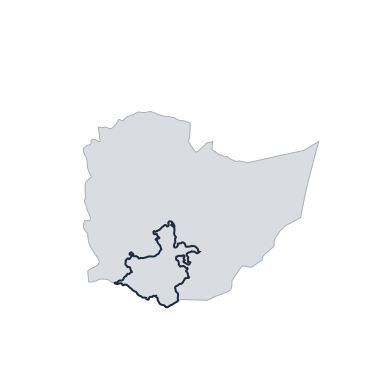 location of Southern Nations, Nationalities and Peoples within Ethiopia, rotated 329°
{"feature_id": "ETH-3129", "entity_name": "Southern Nations, Nationalities and Peoples", "entity_type": "Administrative State", "adm_level": 1, "iso_a3": "ETH", "parent_name": "Ethiopia", "parent_adm1": "", "projection": "mercator", "projection_center": [36.895, 6.444], "detail": "fine", "context": "in_parent", "style": "outline", "palette": "slate", "viewbox_px": 384, "rotation_deg": 329, "n_neighbors": 0, "source": "natural_earth", "source_scale": "10m", "svg_char_len": 9542}
<svg xmlns="http://www.w3.org/2000/svg" viewBox="0 0 384 384"><g transform="rotate(329 192 192)"><path d="M98.1,259.2L97.9,258.9L96.3,257.6L94.8,256.0L93.9,254.1L93.0,252.6L92.6,249.2L91.5,247.2L90.4,244.6L88.8,239.8L88.1,238.1L86.8,237.0L85.5,235.9L84.1,233.8L80.4,231.9L78.9,230.4L76.5,227.9L75.9,226.6L75.7,225.3L74.9,224.1L73.6,222.7L69.3,219.8L68.2,219.4L66.6,219.1L64.4,218.8L61.4,218.2L58.8,217.0L57.6,216.2L57.3,215.6L57.6,214.7L58.5,213.1L60.3,209.3L61.6,206.6L62.4,205.9L64.7,205.7L67.2,205.8L69.0,206.0L71.5,206.0L74.5,205.8L75.7,204.9L76.7,203.9L77.0,203.2L77.2,201.5L77.2,200.2L77.0,194.9L76.9,191.7L76.7,188.0L76.7,187.2L76.8,186.3L77.5,182.3L78.2,180.1L78.7,178.9L80.6,175.1L80.9,173.9L81.0,172.8L80.3,167.8L81.5,165.4L83.1,163.0L84.5,162.0L85.6,161.3L86.2,161.6L87.5,162.7L89.2,163.8L90.0,163.5L91.2,162.6L92.1,161.6L92.0,159.8L92.8,156.2L92.6,154.1L93.5,151.4L94.4,147.7L94.8,145.4L95.3,144.2L97.9,141.6L100.0,137.9L101.4,135.3L104.0,130.9L105.4,129.3L106.5,128.6L108.1,128.2L111.1,127.8L113.2,127.4L113.6,126.8L113.7,126.0L113.8,124.0L114.2,120.6L115.1,117.4L116.2,114.9L116.8,113.7L117.5,112.6L118.3,110.8L119.3,106.8L119.3,104.1L120.7,99.1L121.1,99.1L123.5,98.2L125.9,98.0L128.2,98.7L129.7,98.8L130.4,98.5L131.1,97.7L131.7,96.3L132.6,95.6L133.9,95.5L135.6,97.0L138.4,101.0L139.1,101.2L139.5,101.1L140.9,97.9L142.0,95.4L144.0,90.7L145.2,88.1L146.2,88.8L147.3,90.2L148.5,90.8L149.8,91.2L150.4,91.3L151.2,91.8L154.0,95.1L155.0,95.9L156.3,96.0L161.9,94.9L165.2,93.0L165.7,92.2L166.6,92.2L167.7,93.1L168.1,93.9L168.8,95.0L170.1,95.2L173.3,94.4L174.8,93.9L176.1,94.3L177.8,94.6L178.8,94.6L181.3,95.7L184.3,95.4L185.7,95.4L187.2,95.9L189.6,97.6L192.6,99.7L197.1,101.2L198.0,101.8L200.1,104.2L203.4,108.8L207.7,113.1L212.4,116.6L214.9,119.0L216.6,121.9L218.3,124.5L220.0,125.7L221.6,126.6L223.2,128.6L224.4,130.3L226.0,132.2L224.2,134.8L221.9,138.3L219.1,142.4L218.3,143.4L215.9,145.9L215.4,146.5L215.0,148.3L214.9,151.6L215.3,155.7L215.5,159.5L216.9,159.9L218.4,160.2L220.1,159.7L222.2,159.3L224.7,159.0L227.5,158.3L229.2,157.6L230.9,157.7L232.5,158.4L233.3,159.0L234.4,159.2L235.8,159.1L235.5,159.9L234.7,160.9L233.7,161.9L232.9,163.0L231.0,166.1L231.0,166.4L231.2,167.0L232.2,168.4L233.3,170.7L233.9,172.7L234.3,173.7L235.6,174.8L237.4,177.2L238.4,178.8L240.4,179.6L241.1,181.6L242.6,184.5L244.2,186.9L245.8,188.7L247.6,189.4L248.3,189.5L252.0,192.9L254.8,195.5L255.5,195.9L260.6,197.6L266.5,199.5L271.2,201.1L277.2,203.1L283.1,205.0L288.6,206.9L296.4,209.6L302.7,211.7L307.6,213.3L308.7,213.9L326.7,213.9L322.2,218.2L317.2,223.1L311.9,228.2L308.6,231.5L303.2,236.7L298.7,241.1L294.1,245.8L289.9,250.1L284.5,256.0L281.0,259.9L275.5,265.9L272.0,269.7L271.5,269.9L266.6,269.6L261.8,269.4L255.6,269.0L254.9,269.0L253.1,269.4L252.1,269.7L247.6,270.7L246.8,271.0L243.2,272.6L239.4,274.5L237.4,276.0L235.9,278.1L235.3,279.6L234.6,280.3L233.4,280.9L225.6,282.3L223.3,282.5L219.6,283.7L217.7,285.6L217.1,286.5L214.5,286.5L209.9,286.8L207.9,287.1L206.9,287.2L205.2,287.2L203.7,286.8L202.8,286.3L201.6,285.1L198.9,282.7L197.0,281.2L192.7,282.9L188.9,284.7L183.5,287.1L180.4,288.8L179.4,290.6L177.1,293.8L174.9,295.7L174.1,295.9L169.3,295.5L167.5,295.1L164.7,294.8L160.8,294.1L158.2,293.4L155.4,293.3L151.3,293.0L148.8,292.5L146.3,290.7L143.0,288.6L139.6,286.4L136.2,284.2L132.1,281.6L127.6,278.7L126.6,278.4L126.1,278.4L121.2,278.3L116.2,278.1L112.8,278.0L111.7,277.7L110.9,277.1L109.9,275.0L108.5,273.5L107.0,271.6L106.9,269.0L107.3,266.2L107.7,265.3L107.5,264.4L107.5,263.1L106.7,261.9L101.7,260.5L100.9,260.7L100.1,261.2L99.2,261.5L98.5,261.2L98.1,260.7L98.1,259.8L98.1,259.2Z" fill="#d9dde1" stroke="#a8b0b8" stroke-width="1"/><path d="M99.1,261.8L98.8,261.7L98.5,261.4L97.8,260.3L97.8,260.0L98.2,259.4L98.0,258.9L97.3,258.3L95.9,257.5L95.1,256.9L94.9,256.5L94.8,255.5L94.5,255.0L93.0,252.9L92.9,252.5L92.8,252.3L93.0,251.6L92.9,251.4L92.6,251.1L92.5,250.9L92.6,250.5L92.8,250.1L92.6,248.9L92.4,248.6L91.5,247.5L91.2,246.7L90.5,245.6L90.4,245.2L90.4,244.1L90.3,243.7L89.6,242.4L89.4,242.1L89.3,241.0L88.9,240.0L88.5,238.5L88.2,238.2L88.0,237.7L86.8,236.8L86.5,236.7L85.3,236.7L85.0,236.6L84.8,236.4L84.7,235.7L84.5,235.4L84.8,235.1L84.8,234.8L84.7,234.5L84.4,233.9L83.2,233.1L80.7,232.5L80.4,232.3L80.2,231.9L79.5,231.4L79.2,231.0L78.9,230.8L78.9,230.2L79.3,230.0L79.8,230.3L80.7,231.1L81.2,231.1L81.7,231.0L82.5,230.6L83.2,230.5L83.9,230.5L84.6,230.7L85.6,231.4L86.1,231.6L86.7,231.7L87.2,231.7L87.8,231.6L88.2,231.4L89.6,230.4L90.1,230.2L90.6,230.0L91.3,230.0L92.4,230.1L92.8,229.9L93.1,229.5L93.4,229.6L93.8,229.5L94.2,229.3L94.5,229.0L94.8,229.3L95.3,229.5L96.1,229.9L96.6,229.8L97.4,229.5L97.8,229.4L98.8,229.6L99.3,229.6L99.4,229.1L99.2,228.6L99.1,228.3L99.2,227.4L99.5,227.0L99.5,226.2L99.9,225.0L99.9,224.6L99.8,224.2L99.5,223.9L98.2,223.3L98.0,223.0L98.2,222.5L98.1,222.2L97.7,220.6L97.7,219.7L97.9,219.2L98.2,218.9L98.7,218.3L99.4,217.8L99.5,217.1L99.7,216.7L100.4,216.6L101.2,216.0L101.8,216.0L102.1,215.9L102.9,215.9L103.2,216.7L103.4,217.0L103.9,217.2L104.3,217.2L104.7,217.0L105.6,216.5L106.5,216.2L106.9,216.0L107.6,215.3L107.8,215.0L107.6,214.7L106.7,214.0L106.4,213.7L106.4,213.3L106.8,212.7L107.1,212.4L107.5,212.3L108.3,212.3L108.7,212.4L109.0,212.6L109.1,212.9L109.6,214.6L109.6,215.0L109.5,215.4L108.7,216.4L108.8,216.7L109.1,217.1L110.2,217.8L110.8,218.0L111.1,218.2L111.3,218.5L111.7,219.4L112.1,220.0L112.2,220.3L112.0,221.3L112.1,221.6L112.5,221.8L113.9,222.0L114.6,222.4L115.2,223.0L116.0,223.4L117.1,223.8L117.6,223.9L118.2,224.2L118.9,224.4L120.2,224.5L122.0,225.2L122.3,225.2L125.4,227.3L126.2,227.6L127.0,227.8L127.8,227.9L128.5,227.8L129.8,227.6L131.2,227.7L131.8,227.6L132.3,227.3L133.5,226.4L135.3,225.6L135.9,225.2L136.1,225.3L136.4,224.6L136.5,223.8L136.6,223.4L137.1,221.4L137.1,221.2L136.7,219.8L136.6,219.1L136.6,216.9L137.1,215.6L137.0,215.1L136.4,214.4L136.4,213.9L137.5,213.6L138.0,213.5L138.5,213.7L138.9,214.4L139.1,214.6L139.5,214.7L140.4,214.5L140.4,214.0L140.3,213.7L140.0,213.1L139.9,212.7L139.9,211.4L140.1,209.7L138.4,209.1L137.9,208.7L137.7,208.2L137.8,207.7L138.1,206.9L138.6,206.2L138.9,206.0L139.4,206.0L139.7,206.4L140.2,207.2L140.6,207.2L141.8,207.3L142.1,207.6L143.1,207.4L144.3,207.7L144.7,207.7L148.1,206.8L150.6,206.5L151.6,206.3L151.9,206.4L152.2,206.6L152.6,207.0L152.8,207.5L152.8,208.2L153.1,208.9L153.8,209.0L154.5,208.8L155.0,208.3L155.2,208.0L155.5,206.7L155.8,206.2L156.3,205.7L157.1,205.5L157.5,205.5L157.7,205.8L158.9,206.4L159.1,206.7L159.3,207.1L159.3,207.5L159.1,208.4L159.2,208.7L159.8,209.3L159.5,210.5L159.6,211.8L159.4,212.1L158.8,211.3L158.6,211.1L158.3,209.6L158.1,209.2L157.1,209.6L157.2,210.0L157.7,210.7L158.1,212.1L158.4,213.5L157.9,214.7L157.3,215.7L156.5,216.7L156.1,217.4L155.5,218.0L154.9,219.4L154.8,220.6L155.0,222.4L154.8,222.7L153.7,223.1L153.4,223.3L152.9,224.4L152.4,225.0L152.3,225.4L152.1,226.1L151.9,226.4L149.5,227.9L149.0,228.4L148.7,228.9L148.5,230.2L148.6,230.6L148.9,230.9L149.4,231.1L150.0,231.3L151.7,230.9L152.0,230.7L152.7,229.9L153.2,229.0L153.7,229.2L154.2,229.5L155.4,229.8L156.0,230.2L156.6,230.4L157.2,230.2L157.7,230.1L158.3,230.5L158.8,231.4L159.2,232.4L158.7,235.2L158.8,235.8L158.9,236.0L159.5,236.4L160.1,236.6L162.5,237.8L163.6,238.0L164.1,238.1L164.6,238.6L165.3,239.0L166.9,240.6L167.0,240.9L167.1,241.7L167.6,243.4L167.5,244.2L167.4,244.6L166.9,245.3L166.9,245.7L167.4,246.8L167.7,247.1L165.9,247.4L165.1,247.3L164.3,246.6L164.1,246.0L163.3,244.5L162.8,243.9L161.4,243.2L161.2,243.1L161.0,242.6L160.4,242.7L159.9,242.7L158.4,242.2L157.7,242.1L156.9,242.1L156.0,242.2L155.4,242.6L155.0,243.2L154.9,244.1L155.1,245.6L155.1,246.2L154.9,246.4L154.2,246.9L154.0,247.3L153.7,248.0L153.1,249.1L152.9,249.4L152.6,249.7L152.5,249.8L152.6,250.0L153.1,250.5L154.2,251.1L154.4,251.3L154.3,251.5L153.0,252.4L151.9,252.6L151.5,252.5L151.1,252.0L148.9,248.1L148.8,247.8L148.9,247.3L149.0,246.9L149.3,246.9L149.7,247.1L150.1,247.1L150.4,247.0L150.7,246.6L150.8,246.1L150.4,245.5L150.5,245.1L150.8,244.4L151.0,244.1L152.1,243.7L152.6,243.0L152.5,242.3L151.9,241.7L151.6,241.6L151.2,241.6L150.5,241.8L150.3,241.8L149.5,240.9L148.2,240.2L147.6,239.7L147.3,239.6L146.6,239.8L146.0,239.8L145.5,239.4L145.2,239.4L144.9,239.7L144.0,240.8L143.7,241.6L143.7,242.4L144.3,243.1L144.7,243.8L144.6,244.7L144.3,245.6L144.0,246.3L143.5,247.0L143.3,247.4L143.3,247.9L143.5,249.2L143.4,249.6L143.6,249.9L144.6,250.1L146.7,251.1L147.4,252.6L147.5,253.5L147.7,253.8L148.0,254.1L148.4,254.3L148.8,254.5L148.9,254.9L148.8,255.4L148.6,255.7L147.4,256.2L146.5,256.4L146.3,256.6L146.1,256.9L146.4,258.2L146.4,259.1L146.2,260.1L145.5,261.6L145.5,262.0L145.6,262.8L145.6,263.3L145.5,263.6L145.2,263.8L144.8,263.9L143.7,263.2L141.6,262.5L141.2,262.5L140.9,262.8L140.7,263.1L140.5,263.3L139.2,263.8L137.5,264.8L136.5,265.1L135.6,265.2L135.2,265.0L134.4,264.6L133.9,264.5L133.4,264.4L131.4,264.7L131.0,264.7L129.6,264.5L129.2,264.5L128.8,264.8L128.2,265.4L127.9,266.2L127.0,268.9L127.0,269.3L127.1,269.7L127.5,270.6L127.6,271.1L127.5,272.1L127.1,273.1L125.8,274.7L124.9,276.0L124.3,277.6L123.8,278.0L123.2,278.2L123.0,278.4L122.4,278.2L116.3,278.3L116.1,278.2L115.5,278.0L114.7,278.1L112.0,278.1L111.6,278.1L111.2,277.8L110.6,277.2L110.2,277.0L110.1,276.7L110.1,275.7L109.9,275.3L109.9,275.0L107.4,272.4L107.0,271.6L106.8,270.7L106.9,267.0L107.0,266.7L107.7,265.9L107.8,265.5L107.8,265.1L107.3,264.0L107.3,263.7L107.4,263.2L107.9,262.5L107.8,262.4L106.8,262.0L105.6,261.3L105.2,261.1L104.1,261.5L103.6,261.3L102.9,260.7L102.5,260.5L101.8,260.3L101.1,260.4L100.7,260.7L99.9,261.5L99.5,261.8L99.1,261.8Z" fill="none" stroke="#1e293b" stroke-width="2"/></g></svg>